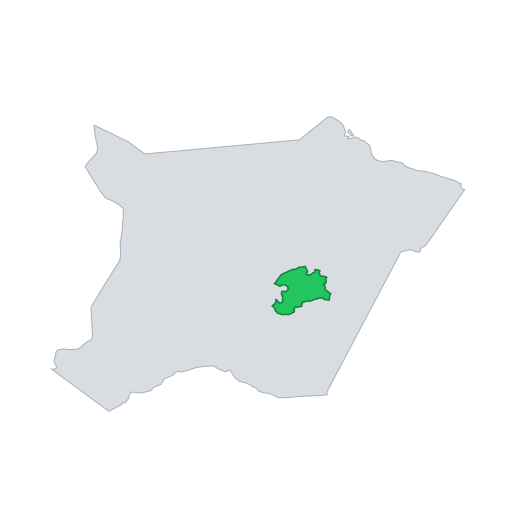 Central highlighted on a map of Kenya, rotated 265°
{"feature_id": "KEN-1195", "entity_name": "Central", "entity_type": "Province", "adm_level": 1, "iso_a3": "KEN", "parent_name": "Kenya", "parent_adm1": "", "projection": "natural_earth1", "projection_center": [36.807, -0.59], "detail": "fine", "context": "in_parent", "style": "filled", "palette": "green", "viewbox_px": 512, "rotation_deg": 265, "n_neighbors": 0, "source": "natural_earth", "source_scale": "10m", "svg_char_len": 6679}
<svg xmlns="http://www.w3.org/2000/svg" viewBox="0 0 512 512"><g transform="rotate(265 256 256)"><path d="M111.5,314.8L111.4,307.6L112.3,289.4L112.2,273.5L113.0,265.5L116.4,260.4L118.0,256.7L119.1,251.6L120.9,247.4L124.9,244.0L125.6,242.1L129.9,236.4L132.5,229.1L134.4,226.6L136.8,224.3L138.6,223.1L141.4,221.9L143.6,221.2L144.0,220.6L144.2,219.4L143.4,214.9L144.4,213.4L145.9,210.4L147.6,207.5L149.1,205.7L150.0,203.9L150.4,200.7L150.5,198.4L150.5,194.7L150.0,186.3L148.2,179.3L147.0,171.4L147.9,168.8L146.4,164.2L145.7,164.0L144.6,162.9L143.1,158.6L142.0,154.6L141.3,153.6L136.4,150.2L134.0,142.0L131.3,140.2L129.8,132.0L129.6,129.7L131.1,121.6L130.9,119.7L129.3,118.0L124.8,116.3L121.1,112.9L121.6,111.8L121.8,110.5L119.9,109.7L114.2,95.9L121.5,87.5L128.9,79.1L138.3,68.4L146.9,58.6L154.4,50.1L161.1,42.5L160.9,44.0L160.9,45.9L161.8,47.0L163.1,47.9L165.0,47.0L166.7,45.8L168.3,45.6L178.3,48.7L180.0,51.5L179.9,54.4L180.3,56.6L179.6,58.7L178.7,65.2L179.0,71.2L181.9,75.6L184.6,79.1L186.8,84.0L188.3,85.5L190.5,86.2L197.4,86.4L207.6,86.7L217.4,87.0L218.2,87.2L220.3,87.8L229.3,94.4L237.6,100.4L244.6,105.7L251.4,110.8L258.0,115.7L263.1,119.8L268.1,121.1L276.3,121.7L282.0,121.9L287.2,123.6L295.0,125.2L300.8,126.0L304.3,126.9L314.1,127.9L315.7,127.3L320.0,122.8L324.8,115.4L326.7,111.3L332.9,107.3L343.8,101.6L351.5,97.6L360.1,93.6L364.0,97.1L369.3,102.7L371.7,105.4L373.7,106.6L376.6,107.5L380.1,107.5L382.1,107.3L386.0,106.6L395.3,106.0L400.6,106.0L396.1,113.4L390.8,122.3L381.0,138.6L373.5,147.1L367.9,153.6L367.3,154.8L367.4,162.0L367.4,179.7L367.6,215.0L367.7,250.3L367.8,285.7L367.9,303.3L367.9,309.3L372.9,316.7L377.7,323.9L384.1,333.5L387.6,338.7L388.2,340.4L388.0,343.8L382.7,351.0L378.4,354.3L372.5,355.9L370.8,355.6L368.5,354.5L367.6,356.3L366.9,359.0L365.6,358.4L364.7,357.6L365.2,362.4L365.8,364.7L365.0,367.9L362.1,370.7L361.9,373.1L355.8,379.2L347.1,379.9L342.5,383.0L340.5,385.5L338.9,390.9L339.5,399.3L337.0,405.8L336.6,409.0L332.1,413.2L330.1,417.1L328.6,421.0L327.3,422.7L325.8,431.5L323.7,436.8L323.2,438.6L322.7,440.2L321.0,443.3L320.0,445.5L319.2,446.9L313.9,460.5L309.8,466.7L306.5,466.0L304.4,468.4L304.2,469.5L303.0,468.9L300.3,466.6L294.8,462.0L289.2,457.3L283.7,452.7L278.1,448.1L272.5,443.4L267.0,438.8L261.4,434.2L255.9,429.5L252.6,426.8L251.2,425.2L250.0,422.0L249.5,421.2L248.0,420.2L246.3,420.0L245.8,419.4L245.8,417.8L246.4,415.6L248.4,411.4L248.7,408.9L248.3,406.0L247.6,401.5L247.1,400.4L243.4,398.1L235.7,393.1L227.9,388.1L220.2,383.1L212.5,378.1L204.8,373.1L197.0,368.1L189.3,363.1L181.6,358.1L173.9,353.2L166.2,348.2L158.4,343.2L150.7,338.2L143.0,333.2L135.3,328.2L127.5,323.2L119.8,318.2L116.9,316.4L114.3,314.8L111.5,314.8ZM368.5,363.3L367.1,363.6L367.8,361.2L371.8,358.1L373.4,358.8L373.7,359.5L373.6,360.2L372.9,360.8L368.5,363.3Z" fill="#d9dde1" stroke="#a8b0b8" stroke-width="1"/><path d="M226.9,272.0L227.7,272.9L235.2,279.5L235.5,279.9L239.3,290.7L239.4,291.4L239.4,294.6L239.5,294.9L239.6,295.3L240.7,296.9L241.0,297.5L241.0,298.6L241.0,298.9L241.1,301.9L241.2,302.4L241.3,303.1L241.4,303.3L241.5,303.5L241.5,303.8L241.1,304.1L236.3,306.1L236.1,306.2L235.8,306.1L235.7,306.1L235.0,305.4L234.5,304.9L234.2,304.6L233.9,304.5L233.7,304.5L233.4,304.6L233.1,304.8L232.9,305.1L232.8,305.5L232.5,308.5L232.5,308.9L232.5,309.2L233.9,310.5L234.0,310.7L234.1,310.8L234.2,311.0L234.6,312.6L234.9,313.4L235.0,313.5L235.3,313.8L235.5,313.8L235.9,313.7L236.1,313.6L236.7,313.2L236.8,313.1L237.0,313.1L237.2,313.3L237.3,313.6L237.3,313.8L237.2,314.2L237.1,314.6L236.9,315.5L236.9,316.3L235.9,317.9L235.5,318.4L235.4,318.4L234.2,317.5L233.9,317.4L233.5,317.5L233.3,317.6L233.0,317.8L232.7,317.9L232.4,318.0L232.0,318.0L231.8,317.9L231.6,317.9L231.4,318.0L231.2,318.0L230.5,318.6L230.3,318.8L230.1,319.1L230.0,319.4L230.0,320.0L230.2,320.6L230.2,320.9L229.7,322.3L229.0,324.0L228.5,324.6L228.0,323.9L227.6,323.5L227.1,323.2L226.1,323.5L225.6,323.7L225.4,323.7L225.1,323.8L224.5,323.7L224.0,323.7L223.7,323.6L223.1,323.2L222.5,322.8L222.4,322.7L222.3,322.2L222.7,321.3L222.7,321.1L222.5,320.9L222.2,320.8L222.1,320.7L221.8,320.6L221.7,320.5L220.5,321.8L220.3,321.9L220.1,322.0L219.5,322.1L219.2,322.2L218.9,322.4L218.7,322.4L217.0,321.9L216.8,321.8L216.5,322.0L216.1,322.3L215.0,324.0L214.8,324.2L214.3,324.5L214.0,324.5L213.8,324.7L213.6,324.9L213.0,326.0L212.0,327.2L211.7,327.0L211.1,326.6L210.5,326.2L210.4,326.1L210.1,326.0L205.9,325.2L205.7,324.9L205.7,324.4L207.0,319.7L207.3,319.5L208.0,319.5L208.2,319.4L208.4,319.4L208.5,319.2L208.7,318.5L208.7,318.2L208.4,316.9L208.4,316.7L208.5,315.9L208.7,314.9L208.7,314.7L208.2,313.8L208.1,313.6L207.8,312.7L207.8,312.2L207.9,311.5L207.9,311.3L207.8,311.1L206.6,307.1L206.3,305.4L206.3,305.0L206.7,303.9L206.7,303.5L206.7,303.2L206.2,300.8L206.2,300.0L205.9,298.8L205.9,298.6L205.7,298.5L205.6,298.4L205.4,298.4L205.1,298.3L204.7,298.1L204.5,297.9L204.3,297.5L204.2,297.3L204.1,297.2L203.9,297.1L203.4,297.1L203.0,297.2L202.2,297.4L202.0,297.1L201.9,296.4L201.7,296.0L201.6,295.6L201.6,294.5L201.3,292.4L201.4,291.8L201.5,291.4L201.5,290.9L201.5,290.6L201.3,289.9L201.2,289.6L200.9,289.5L199.8,289.8L199.7,289.8L199.5,289.7L199.4,289.3L199.3,289.1L199.1,289.0L198.9,289.0L198.7,289.1L197.9,289.3L197.5,289.4L197.3,289.3L197.1,289.3L197.0,289.2L196.9,289.1L195.0,284.5L194.9,284.0L194.8,283.6L194.8,283.0L194.8,282.8L194.8,282.5L195.2,281.3L195.3,280.8L195.2,278.7L195.3,277.7L195.4,277.2L195.5,276.9L195.7,276.1L196.2,275.0L196.3,274.9L196.8,273.2L197.0,272.7L197.5,272.2L197.8,272.0L199.3,271.3L199.4,271.2L199.5,271.0L199.6,270.6L199.7,270.4L199.9,270.3L200.3,270.3L201.1,270.3L201.7,270.2L202.1,270.1L204.0,268.7L204.2,268.4L204.3,268.0L204.4,267.8L204.6,267.8L204.8,268.0L205.0,268.1L205.9,269.1L206.0,269.3L206.1,269.5L206.2,270.2L206.4,270.5L206.7,270.7L207.4,270.9L207.8,271.1L208.0,271.2L208.8,272.3L209.0,272.4L209.6,272.3L209.9,272.1L210.4,271.8L210.6,271.8L210.8,271.8L210.9,272.0L211.0,272.2L211.0,272.3L210.8,272.5L207.7,274.8L207.4,275.0L207.2,275.3L207.1,275.5L207.0,275.9L207.0,276.2L207.1,276.6L207.1,276.9L207.2,277.0L208.3,278.2L208.8,278.6L209.4,278.7L211.1,278.8L211.7,279.0L213.4,278.8L216.0,278.0L216.5,278.0L216.8,278.0L218.5,278.7L218.6,278.8L218.6,279.1L218.6,279.6L218.5,280.5L218.4,280.8L218.2,281.1L217.8,281.4L217.7,281.5L217.9,282.3L218.0,282.5L219.4,284.6L219.8,285.0L220.3,285.3L220.5,285.4L220.9,285.3L221.1,285.1L221.2,284.9L221.4,284.8L221.5,284.8L222.0,285.1L222.4,285.2L222.6,285.1L222.9,284.8L223.3,284.1L223.5,283.9L223.8,283.4L224.4,282.8L224.5,282.7L224.7,282.1L224.8,281.5L224.9,279.9L224.9,279.5L224.0,277.9L223.9,277.7L223.9,276.9L224.0,276.6L224.2,276.3L225.1,275.2L225.6,274.5L226.9,272.0Z" fill="#22c55e" stroke="#15803d" stroke-width="1.5"/></g></svg>